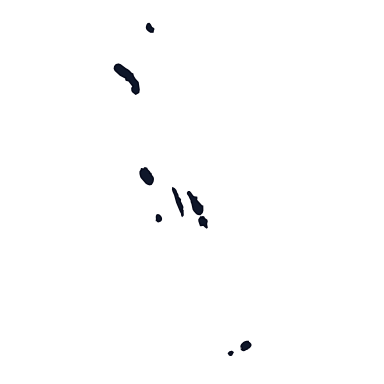 Azores, Albers equal-area conic projection, rotated 226°
{"feature_id": "PRT-735", "entity_name": "Azores", "entity_type": "Autonomous region", "adm_level": 1, "iso_a3": "PRT", "parent_name": "Portugal", "parent_adm1": "", "projection": "albers", "projection_center": [-27.949, 38.331], "detail": "fine", "context": "isolated", "style": "filled", "palette": "ink", "viewbox_px": 384, "rotation_deg": 226, "n_neighbors": 0, "source": "natural_earth", "source_scale": "10m", "svg_char_len": 3174}
<svg xmlns="http://www.w3.org/2000/svg" viewBox="0 0 384 384"><g transform="rotate(226 192 192)"><path d="M332.8,221.2L334.7,221.9L336.0,223.7L336.2,225.9L335.0,227.9L333.2,228.8L326.8,229.8L324.6,230.5L322.3,230.8L320.1,230.7L319.0,230.9L318.1,231.3L316.8,230.5L315.5,230.0L312.7,229.4L308.4,229.3L302.4,225.0L300.7,222.7L301.5,219.5L305.2,219.0L306.5,219.3L308.2,220.7L308.5,221.2L308.6,222.0L308.7,222.6L309.0,223.0L309.4,223.1L315.6,223.8L316.3,223.6L317.6,222.7L318.2,222.4L318.7,222.6L319.7,223.4L320.2,223.7L321.0,223.2L325.9,221.6L332.8,221.2ZM191.3,187.3L193.6,187.6L194.4,188.2L194.7,189.6L194.0,190.3L192.5,190.3L188.8,189.7L187.7,189.8L186.7,190.2L185.0,191.6L184.4,191.2L183.9,190.5L183.4,189.8L182.3,189.5L175.4,189.3L174.5,189.8L171.3,186.8L170.2,184.9L170.2,182.2L171.7,180.9L173.3,180.4L176.7,180.5L178.6,180.9L183.4,183.9L185.1,184.6L185.2,184.8L185.7,185.0L186.7,185.8L187.2,186.0L188.2,186.2L191.3,187.3ZM243.7,171.9L243.5,172.1L242.4,172.6L242.1,172.8L242.0,173.3L242.2,174.3L242.1,174.9L241.8,175.1L240.5,175.8L239.2,175.3L236.0,175.3L234.9,174.5L234.3,175.2L233.8,175.2L232.6,174.5L231.3,174.2L230.1,174.1L229.0,173.7L227.8,172.6L226.8,171.2L226.3,169.9L225.9,168.0L226.9,166.5L228.7,165.6L230.3,165.2L237.7,165.6L239.1,166.2L241.1,167.4L242.6,168.8L242.9,170.0L242.7,170.6L243.1,171.0L243.6,171.3L243.7,171.9ZM201.9,177.6L205.5,178.9L207.3,179.9L208.2,181.0L207.4,181.3L206.4,181.5L204.5,181.4L203.8,181.1L202.2,180.3L200.7,180.0L199.9,179.7L199.1,179.2L198.4,178.7L197.7,178.3L196.5,178.5L195.6,178.0L195.0,178.5L194.5,178.2L193.7,177.1L193.1,176.8L188.1,175.1L187.2,174.4L186.3,172.8L185.9,172.5L185.5,172.6L185.4,172.7L185.2,172.7L184.8,172.5L184.6,172.3L184.7,172.0L184.7,171.8L184.3,171.7L183.9,171.5L181.6,169.5L181.5,169.1L181.5,168.3L182.4,168.6L183.9,169.7L184.6,170.0L185.5,170.1L195.0,173.8L201.9,177.6ZM44.2,119.2L44.7,119.6L45.2,120.0L45.9,120.1L46.5,119.7L47.4,120.9L47.7,122.0L47.7,124.6L47.3,126.0L46.4,127.6L45.4,128.6L44.6,128.1L43.7,128.5L42.7,128.5L41.7,128.4L41.0,127.9L40.6,127.1L40.4,125.9L40.4,124.7L40.8,124.1L40.6,123.1L40.9,122.2L41.4,121.3L41.6,120.1L42.0,119.2L42.8,118.6L43.8,118.3L44.6,118.4L44.2,119.2ZM167.3,177.9L167.9,180.7L167.6,180.7L166.0,181.4L165.6,181.7L165.9,182.1L166.0,182.3L166.2,182.5L166.6,182.5L166.0,183.0L165.4,182.9L164.3,182.5L163.7,182.6L162.2,182.9L161.6,183.0L160.5,182.4L159.3,180.5L158.3,179.6L156.1,178.2L156.1,177.7L157.7,177.4L159.1,177.4L159.8,177.3L160.4,177.0L160.8,176.5L161.6,175.3L162.0,174.9L166.2,176.9L167.3,177.9ZM340.8,272.9L341.8,273.5L342.7,274.6L343.4,276.0L343.6,277.3L342.9,278.2L341.3,278.1L338.4,277.2L336.8,277.7L335.9,277.7L335.5,277.1L335.2,276.3L334.6,275.6L334.2,275.0L334.8,274.4L335.7,273.4L337.5,272.9L339.5,272.7L340.8,272.9ZM197.4,152.3L196.5,152.3L195.4,152.1L194.5,151.7L193.7,151.0L193.2,150.0L193.2,149.1L194.0,147.2L194.5,146.9L195.0,146.8L195.5,146.9L196.0,147.2L196.3,146.8L197.1,147.8L198.7,149.1L199.4,150.0L199.7,151.0L199.2,151.7L198.3,152.2L197.4,152.3ZM49.0,105.8L50.6,106.2L50.7,108.0L49.7,109.8L48.2,110.1L48.1,109.7L47.4,107.7L47.3,107.4L47.4,106.8L47.9,106.2L48.4,105.9L49.0,105.8Z" fill="#0f172a" stroke="#020617" stroke-width="1.5"/></g></svg>